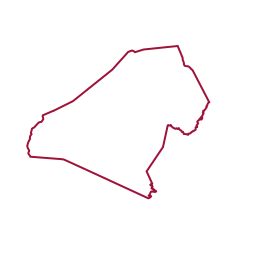 the district of El Paraiso, Copán, Honduras, rotated 228°
{"feature_id": "27666195B24019943465841", "entity_name": "El Paraiso", "entity_type": "district", "adm_level": 2, "iso_a3": "HND", "parent_name": "Honduras", "parent_adm1": "Copán", "projection": "robinson", "projection_center": [-89.052, 15.058], "detail": "fine", "context": "isolated", "style": "outline", "palette": "rose", "viewbox_px": 256, "rotation_deg": 228, "n_neighbors": 0, "source": "geoboundaries", "source_scale": "gbopen_adm2", "svg_char_len": 4532}
<svg xmlns="http://www.w3.org/2000/svg" viewBox="0 0 256 256"><g transform="rotate(228 128 128)"><path d="M92.8,205.6L127.4,214.6L128.6,214.6L129.2,214.5L129.9,214.4L130.5,214.5L131.3,214.4L132.2,214.4L133.0,214.2L133.8,213.8L134.7,212.9L135.3,212.4L135.9,212.0L136.5,211.8L137.5,212.0L138.1,212.4L138.6,212.8L139.4,213.3L140.2,213.6L141.5,214.1L142.2,214.4L143.7,215.6L155.7,219.8L175.9,192.1L179.7,183.9L180.4,183.8L181.2,183.7L181.5,183.6L182.4,183.1L182.8,182.9L183.0,182.7L183.2,181.7L183.3,181.6L183.5,181.4L184.0,180.1L184.4,179.0L181.9,155.4L184.8,105.0L190.7,83.8L190.9,83.6L194.4,73.2L193.8,72.4L192.8,71.9L192.1,71.6L191.2,70.8L190.6,68.5L190.6,67.5L191.3,66.6L191.7,65.6L191.7,63.6L191.5,61.7L191.4,60.4L191.2,59.1L191.3,58.1L191.7,56.8L191.7,56.2L190.8,54.9L189.5,52.8L189.0,52.4L188.0,52.2L187.7,50.8L187.3,49.6L186.5,48.6L185.6,48.1L184.8,46.1L184.1,44.3L183.0,42.4L181.8,40.9L180.1,40.1L179.1,39.9L178.3,39.7L177.5,39.5L177.1,39.3L176.5,37.8L175.9,37.0L174.8,36.7L173.4,36.6L173.1,36.6L172.5,36.4L172.0,36.2L149.6,57.5L147.6,59.2L127.6,67.9L62.3,96.0L62.1,96.3L61.9,96.6L61.8,97.0L61.7,97.2L61.7,97.5L61.6,98.1L61.6,98.6L61.7,99.1L61.8,99.3L61.9,99.5L62.0,99.5L62.3,99.5L62.5,99.4L62.7,99.2L62.8,99.1L62.9,98.8L63.1,98.5L63.3,98.3L63.6,98.1L63.8,98.1L64.2,100.0L64.3,100.2L64.6,100.8L64.9,101.4L65.1,102.0L65.3,102.5L65.1,102.9L64.5,103.5L63.7,104.2L63.6,104.3L63.6,104.7L63.5,104.9L63.5,105.0L63.4,105.1L63.1,105.2L62.8,105.0L62.7,105.0L62.4,105.2L62.2,105.6L62.1,105.9L62.1,106.1L62.1,106.4L62.1,106.5L62.3,106.6L63.0,106.4L63.5,106.3L63.6,106.1L63.9,105.9L64.2,105.8L64.3,105.8L64.5,105.9L64.6,106.1L64.8,106.2L65.1,106.1L65.3,105.7L65.5,105.5L65.8,105.5L66.0,105.6L66.2,105.8L66.3,105.8L66.5,105.7L66.7,105.3L66.8,105.2L67.1,105.2L67.3,105.2L67.5,105.2L67.6,105.3L67.7,105.6L67.7,105.8L67.6,106.1L67.6,106.5L67.9,106.8L68.0,107.0L68.4,107.1L68.7,107.1L68.8,107.1L69.0,106.9L69.2,107.0L69.3,107.1L69.3,107.4L69.3,107.5L69.5,107.6L69.8,107.6L70.0,107.5L70.0,107.4L70.1,107.2L70.0,106.9L70.1,106.7L70.3,106.5L70.5,106.5L70.8,106.6L70.9,106.9L70.9,107.3L70.9,107.6L70.8,108.0L70.7,108.3L70.6,108.8L83.3,112.8L90.4,141.2L103.3,159.2L103.2,159.8L102.8,159.9L102.5,160.1L102.3,160.3L101.9,160.7L101.8,161.0L101.7,161.1L101.7,161.3L101.7,161.6L101.5,161.8L101.4,161.8L101.0,161.7L100.7,161.6L100.3,161.3L100.1,161.3L99.8,161.4L99.4,161.6L99.0,161.7L98.6,161.7L98.1,161.7L97.9,161.7L97.6,161.8L97.1,162.1L96.6,162.3L96.4,162.4L96.0,162.5L95.9,162.5L95.7,162.7L95.5,163.3L95.4,163.7L95.3,163.8L95.2,163.9L94.9,163.9L94.6,163.9L94.1,164.2L93.9,164.4L93.9,164.5L94.1,164.8L94.1,165.0L94.0,165.5L93.9,165.6L93.7,165.6L93.4,165.4L93.2,165.4L92.9,165.3L92.3,165.3L92.1,165.3L91.8,165.4L91.2,165.6L90.6,165.7L89.8,165.7L89.6,165.7L89.2,165.5L88.9,165.5L88.7,165.6L88.6,165.8L88.6,166.0L88.4,166.2L88.1,166.1L87.2,165.9L86.9,165.8L86.4,165.5L86.2,165.5L85.5,166.2L83.9,167.6L83.6,168.0L83.4,168.2L83.3,167.9L83.2,167.8L82.9,168.0L82.8,168.4L82.9,168.6L83.0,168.7L83.1,168.8L83.3,169.0L83.2,169.3L83.1,169.5L82.8,169.8L82.7,170.0L82.5,170.4L82.4,170.9L82.3,171.1L82.3,171.3L82.4,171.6L82.5,172.0L82.5,172.3L82.5,172.5L82.3,173.1L82.1,173.5L82.0,173.8L82.0,174.0L82.2,174.3L82.2,174.5L82.1,174.8L81.9,174.9L81.8,175.0L81.6,176.4L81.5,176.9L81.5,177.1L82.2,177.8L82.6,178.1L83.0,178.5L83.2,178.8L83.2,179.0L83.2,179.5L83.0,179.8L82.9,179.9L82.6,179.9L82.5,180.0L82.7,180.3L83.4,180.6L83.7,180.7L84.1,180.8L84.2,181.0L84.2,181.6L84.4,182.6L84.4,182.9L84.4,183.0L84.8,183.2L85.2,183.4L85.4,183.5L85.8,183.4L86.0,183.5L86.4,183.9L86.5,184.2L86.5,184.7L86.5,185.0L86.4,185.5L86.4,186.1L86.7,186.6L86.8,187.1L86.9,187.6L86.8,188.1L86.7,188.3L86.4,188.2L86.2,187.9L86.1,187.7L85.9,187.6L85.7,187.7L85.5,187.9L85.3,188.0L85.2,188.3L85.2,188.5L85.3,188.8L85.4,189.3L85.7,189.7L85.9,190.0L86.1,190.1L86.3,190.2L86.5,190.1L86.6,189.9L86.5,189.6L86.6,189.4L86.8,189.3L87.0,189.4L87.1,189.5L87.2,190.3L87.3,191.0L87.4,191.5L87.4,191.8L87.5,191.9L87.8,192.3L88.0,192.7L88.0,193.0L88.1,193.5L88.2,193.8L88.4,194.0L88.6,194.0L89.0,193.9L89.3,193.9L89.4,194.0L89.5,194.1L89.6,194.3L89.6,194.5L89.5,194.8L89.6,195.1L89.7,195.3L89.8,195.4L90.2,195.4L90.3,195.4L90.3,195.5L90.3,195.8L90.2,196.3L90.1,196.5L90.1,197.1L90.1,197.6L90.2,197.9L90.2,198.2L90.5,198.9L90.6,199.2L90.6,199.5L90.7,199.9L90.7,200.1L90.8,200.3L91.0,200.5L91.3,200.5L91.5,200.6L91.7,200.9L91.7,201.0L91.6,201.3L91.6,201.5L91.7,201.8L92.0,202.2L92.2,202.5L92.8,203.9L92.9,204.1L92.9,204.4L92.9,204.7L92.9,204.9L92.8,205.6Z" fill="none" stroke="#9f1239" stroke-width="2"/></g></svg>